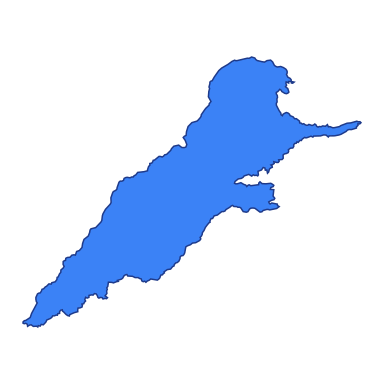 Ponte Alta do Bom Jesus, Tocantins, Brazil (Albers equal-area conic projection)
{"feature_id": "56859067B8976665004263", "entity_name": "Ponte Alta do Bom Jesus", "entity_type": "district", "adm_level": 2, "iso_a3": "BRA", "parent_name": "Brazil", "parent_adm1": "Tocantins", "projection": "albers", "projection_center": [-46.566, -12.067], "detail": "fine", "context": "isolated", "style": "filled", "palette": "blue", "viewbox_px": 384, "rotation_deg": 0, "n_neighbors": 0, "source": "geoboundaries", "source_scale": "gbopen_adm2", "svg_char_len": 5960}
<svg xmlns="http://www.w3.org/2000/svg" viewBox="0 0 384 384"><path d="M37.8,327.0L38.3,325.6L40.2,326.1L41.2,324.4L43.3,324.8L45.8,322.2L46.8,320.0L50.3,318.5L51.8,317.4L52.6,315.9L54.6,315.8L56.1,315.1L57.4,315.2L57.8,313.6L59.6,313.4L59.6,311.6L60.7,310.2L62.3,309.8L62.5,311.1L63.7,312.0L66.0,314.4L67.7,315.6L69.4,316.0L69.8,314.6L74.2,312.7L77.8,311.7L77.7,310.0L78.0,308.1L80.0,307.9L82.0,307.1L82.4,305.5L81.9,304.1L83.7,303.8L84.4,302.3L85.6,301.0L84.8,299.6L85.6,297.3L87.1,298.1L88.9,297.4L89.0,295.4L91.6,294.9L93.1,295.1L94.4,293.6L96.2,293.9L97.3,295.6L97.9,297.4L98.9,298.1L100.7,297.4L102.2,297.7L103.0,299.0L105.0,298.4L106.5,298.7L107.5,297.7L105.1,295.8L106.9,293.5L106.6,290.8L107.3,289.5L106.8,287.8L107.8,286.4L108.4,282.2L111.9,282.4L113.4,282.9L116.8,281.6L118.2,281.4L117.4,280.4L121.3,279.2L122.6,278.3L124.1,275.7L125.5,274.8L126.9,274.5L127.7,276.0L132.5,276.3L135.1,277.6L138.2,277.6L139.5,278.5L141.2,278.9L141.8,280.9L143.2,281.7L144.7,281.2L145.9,282.3L147.3,281.0L149.1,280.3L150.7,279.0L157.4,280.1L158.9,279.0L159.8,277.9L160.8,275.1L162.5,274.8L163.3,273.6L164.4,272.9L164.1,271.8L167.3,269.6L170.6,269.1L172.6,266.6L174.0,266.0L174.3,264.5L175.8,262.9L177.1,262.6L178.8,261.3L180.0,258.7L180.1,257.0L181.4,255.7L182.9,255.6L183.9,254.5L184.7,252.9L185.8,246.9L187.5,245.8L190.5,244.7L192.4,243.1L195.7,242.7L199.7,240.5L200.8,238.9L200.1,237.4L201.4,236.1L202.2,234.4L202.4,232.7L204.0,230.5L205.4,227.4L207.1,225.1L208.9,222.9L210.1,222.2L209.9,221.0L211.1,218.6L212.6,218.5L214.2,215.8L217.3,215.1L221.8,211.6L223.5,211.6L225.1,210.9L225.9,209.6L230.0,207.1L231.3,205.9L232.7,205.4L233.9,206.5L236.7,206.6L237.9,207.3L239.2,207.2L240.6,207.7L243.2,211.6L246.3,212.2L247.9,211.7L249.6,209.0L250.8,208.2L253.0,208.0L254.9,208.3L260.0,212.1L261.9,211.8L263.1,210.5L266.5,209.5L268.0,209.4L269.7,209.9L276.7,208.5L279.2,206.6L277.5,205.5L277.3,204.1L271.8,203.0L270.1,204.0L269.2,203.1L268.7,201.9L271.6,200.3L274.0,199.7L274.8,198.3L273.1,196.1L273.8,189.7L270.4,189.4L270.8,187.5L273.2,186.6L273.8,185.3L272.4,184.2L270.8,183.3L265.8,183.8L262.0,183.6L260.0,181.8L258.8,183.0L258.6,184.7L250.8,185.7L249.1,184.8L247.8,185.4L246.8,186.5L245.7,185.0L244.0,184.5L240.9,182.7L237.6,183.7L235.9,183.9L234.5,183.3L235.0,181.5L238.3,178.9L241.4,178.4L243.1,177.3L244.2,175.9L248.8,174.4L251.7,176.1L253.3,174.8L254.7,175.5L256.3,175.2L257.7,175.9L258.4,174.9L258.0,171.3L261.5,170.0L263.2,167.5L264.9,168.0L265.3,170.2L266.8,170.0L267.5,173.2L268.6,172.1L269.4,169.2L270.5,168.1L272.3,167.3L272.1,166.0L271.0,165.0L272.7,164.5L274.2,163.5L273.8,161.7L276.8,162.5L278.3,162.4L279.2,161.2L278.7,159.8L282.1,159.5L283.2,158.3L283.1,155.0L284.4,153.9L286.4,153.5L288.2,152.6L288.7,151.1L288.3,149.8L290.4,148.2L292.8,148.0L293.8,146.4L293.7,144.8L294.6,143.5L296.2,143.3L297.0,141.8L298.2,142.4L299.9,140.4L301.4,140.5L302.1,139.2L304.7,137.4L305.9,137.9L307.2,137.6L311.0,136.2L312.9,137.1L313.7,136.1L320.5,135.9L323.8,134.9L326.1,135.1L328.3,137.0L329.1,135.9L334.7,135.8L338.9,135.0L341.0,134.3L346.2,131.4L347.4,130.1L349.1,129.5L351.4,129.6L356.4,128.1L356.5,126.8L358.0,125.4L357.9,123.9L359.8,123.9L361.0,122.7L360.0,121.7L358.3,121.8L356.8,121.2L350.7,122.9L347.1,123.2L340.8,125.6L339.4,126.6L334.7,127.6L332.9,127.8L329.9,126.6L328.4,126.8L327.4,124.6L325.4,126.3L322.7,125.9L321.1,126.7L319.3,126.5L318.1,127.1L316.7,126.4L316.1,125.0L314.8,124.0L313.5,125.0L312.0,125.5L308.9,124.4L307.8,125.2L306.6,125.3L305.0,124.7L303.8,123.7L302.3,124.1L301.1,123.1L299.7,122.9L299.5,121.1L296.4,118.7L294.6,118.7L293.2,116.9L290.1,115.6L289.5,114.2L288.0,113.0L286.3,112.5L284.4,113.4L283.0,114.3L282.4,115.7L281.0,114.7L280.9,113.2L279.1,110.6L276.4,105.3L276.3,103.3L277.1,102.0L276.9,98.8L277.5,97.5L277.3,95.5L276.3,93.9L276.3,92.4L277.8,91.6L279.8,89.3L281.2,90.3L281.8,91.5L284.7,93.3L286.4,93.7L287.8,93.2L288.9,92.1L287.8,88.6L285.5,86.7L286.6,85.2L285.9,83.6L286.2,81.9L288.6,83.0L288.5,81.5L291.3,81.5L291.1,79.6L290.0,78.3L287.9,77.2L287.1,75.7L286.5,74.3L287.1,73.2L287.2,71.8L286.8,70.5L285.8,69.1L283.5,67.6L280.7,66.5L277.4,67.0L275.8,66.4L274.4,65.4L272.6,61.9L270.6,60.1L267.0,60.6L264.5,62.1L261.6,61.6L257.1,60.5L255.8,59.5L254.8,58.0L251.6,57.0L249.2,58.3L247.3,58.2L237.2,60.6L235.9,60.7L234.6,60.2L232.0,61.4L228.1,64.3L221.6,68.1L218.8,70.6L214.3,77.0L212.2,80.7L210.8,81.2L209.9,82.1L209.9,83.5L209.0,87.0L209.6,88.5L208.8,91.6L208.4,96.8L211.0,101.5L209.2,103.8L209.1,105.1L205.7,108.4L204.3,110.3L201.3,114.7L201.1,116.3L200.2,117.7L198.2,120.0L197.0,121.1L191.9,122.6L188.1,126.5L186.5,131.6L186.1,135.4L184.3,136.3L183.2,137.5L185.2,140.4L186.8,144.5L185.9,147.0L184.3,147.6L181.8,147.5L178.7,145.1L173.8,146.2L171.5,148.7L170.7,150.4L166.6,154.4L164.7,154.8L163.4,156.3L162.1,157.0L160.8,156.5L159.0,156.4L154.5,160.1L153.2,160.3L152.7,161.8L151.7,163.1L149.8,163.5L149.9,165.1L148.6,166.5L147.6,169.5L147.5,170.8L143.9,171.7L137.7,172.4L135.8,174.9L134.0,175.8L133.4,176.9L131.6,177.0L130.0,177.8L127.1,177.3L125.6,177.6L124.1,178.4L123.5,180.4L121.8,181.2L120.2,181.1L119.0,182.2L117.1,187.6L116.9,189.1L115.8,190.3L113.3,191.6L112.6,192.9L110.9,197.8L111.1,202.5L110.2,204.2L105.5,209.3L103.0,213.8L102.4,215.7L101.8,220.5L100.9,222.1L95.7,227.6L91.0,228.8L90.1,230.0L89.6,232.6L88.3,236.0L84.0,239.4L82.6,243.5L82.0,247.5L79.4,250.5L76.6,251.5L75.4,255.1L73.9,254.8L71.8,255.2L70.1,257.2L67.3,257.5L65.8,258.3L65.5,260.4L64.3,260.7L63.2,261.5L63.1,264.4L64.1,266.4L63.2,268.0L60.9,270.0L60.8,272.3L59.5,273.9L58.2,276.9L57.1,277.4L56.9,279.5L55.2,281.8L51.8,282.7L51.2,284.1L48.9,283.9L46.5,286.3L45.3,286.9L43.6,288.8L42.0,289.3L41.4,291.1L40.2,292.9L38.6,293.2L37.5,293.9L35.9,297.4L35.9,299.3L36.3,301.5L37.2,302.9L31.6,313.4L30.2,317.5L25.8,320.4L24.3,320.7L23.0,322.0L23.1,323.3L24.3,323.7L25.8,323.3L27.3,324.3L27.6,326.3L29.6,325.1L31.2,324.8L33.3,326.4L36.6,326.2L37.8,327.0ZM291.3,81.5L291.4,83.0L292.7,83.2L294.1,82.1L291.3,81.5Z" fill="#3b82f6" stroke="#1e3a8a" stroke-width="1.5"/></svg>